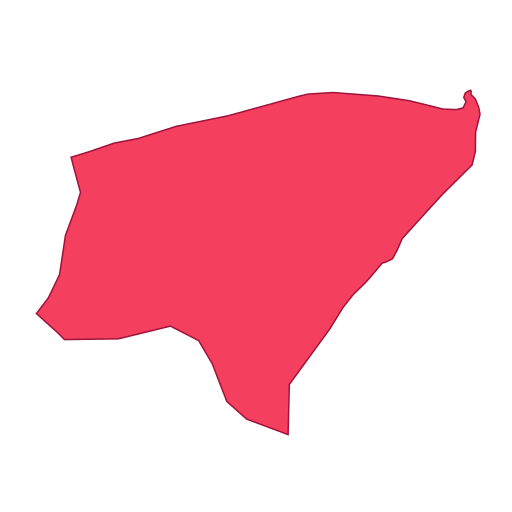 Bonny, Rivers, Nigeria (Mercator projection), rotated 183°
{"feature_id": "59680162B83694422254145", "entity_name": "Bonny", "entity_type": "district", "adm_level": 2, "iso_a3": "NGA", "parent_name": "Nigeria", "parent_adm1": "Rivers", "projection": "mercator", "projection_center": [7.217, 4.46], "detail": "fine", "context": "isolated", "style": "filled", "palette": "rose", "viewbox_px": 512, "rotation_deg": 183, "n_neighbors": 0, "source": "geoboundaries", "source_scale": "gbopen_adm2", "svg_char_len": 859}
<svg xmlns="http://www.w3.org/2000/svg" viewBox="0 0 512 512"><g transform="rotate(183 256 256)"><path d="M308.8,168.5L294.0,146.0L285.7,127.4L277.5,109.2L256.8,92.6L214.6,79.3L216.0,129.5L178.5,187.0L166.2,209.5L161.5,216.1L156.7,222.8L145.9,234.5L141.9,239.3L129.7,255.4L126.2,256.7L119.6,260.3L115.4,269.1L110.9,281.0L95.0,300.6L73.3,327.0L45.0,358.2L42.4,371.8L43.2,391.3L39.7,409.2L41.4,416.2L45.3,424.5L49.9,428.6L49.7,431.8L50.3,432.7L52.6,431.9L55.6,429.6L56.8,425.2L54.3,421.0L57.0,414.7L63.7,412.7L76.9,412.5L110.9,419.1L142.4,422.2L187.8,423.3L212.6,420.4L222.4,417.5L291.2,394.6L342.3,381.4L379.8,367.2L403.4,361.4L430.0,350.7L445.8,345.0L443.1,336.3L434.6,310.3L437.6,297.9L447.4,266.6L451.2,227.1L461.2,203.3L472.3,187.0L450.0,169.0L442.9,162.5L389.1,166.1L337.8,181.5L308.8,168.5Z" fill="#f43f5e" stroke="#9f1239" stroke-width="1.5"/></g></svg>